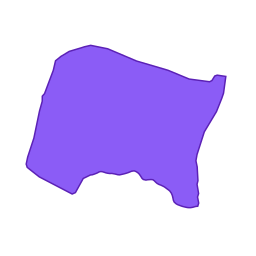 Santo Domingo Xenacoj, Sacatepéquez, Guatemala (Robinson projection), rotated 199°
{"feature_id": "79465075B12925018589584", "entity_name": "Santo Domingo Xenacoj", "entity_type": "district", "adm_level": 2, "iso_a3": "GTM", "parent_name": "Guatemala", "parent_adm1": "Sacatepéquez", "projection": "robinson", "projection_center": [-90.711, 14.68], "detail": "fine", "context": "isolated", "style": "filled", "palette": "violet", "viewbox_px": 256, "rotation_deg": 199, "n_neighbors": 0, "source": "geoboundaries", "source_scale": "gbopen_adm2", "svg_char_len": 1226}
<svg xmlns="http://www.w3.org/2000/svg" viewBox="0 0 256 256"><g transform="rotate(199 128 128)"><path d="M36.6,76.7L36.7,80.0L39.8,85.4L39.9,89.0L44.4,97.3L44.7,100.9L49.9,113.7L53.1,119.1L54.1,125.4L54.6,149.2L49.7,172.3L49.0,186.5L49.0,192.0L52.3,208.6L60.9,207.0L62.9,205.4L64.1,200.2L65.9,198.3L86.1,194.2L109.0,195.6L141.8,194.1L173.0,196.3L190.2,194.0L195.8,190.5L197.9,188.9L208.5,181.3L214.7,173.9L218.4,168.0L217.4,158.1L218.1,133.3L219.4,130.2L217.8,125.4L217.2,115.3L213.7,87.8L213.4,67.9L212.5,60.7L210.4,57.9L196.0,52.9L159.3,47.4L156.7,49.8L153.9,65.7L148.2,71.4L146.6,72.1L145.4,73.0L143.8,74.3L142.3,75.6L141.2,76.9L139.9,77.8L138.3,78.3L136.1,78.4L134.3,78.4L132.6,78.6L130.5,79.0L128.4,79.8L125.1,80.3L122.4,80.5L120.6,81.0L118.5,82.3L116.0,83.9L113.5,85.7L110.5,88.3L108.2,89.5L106.1,89.4L104.1,88.9L102.4,88.1L100.2,86.5L98.4,85.0L96.8,84.3L94.1,84.6L92.7,85.4L89.4,86.8L87.6,87.2L86.0,86.7L84.2,85.8L82.5,85.1L80.4,84.7L78.5,84.7L75.2,84.3L73.8,84.0L71.7,83.3L69.4,82.6L67.9,82.0L65.8,80.5L64.1,78.6L62.7,76.4L61.6,74.5L60.2,73.0L57.8,72.0L56.2,71.7L53.1,71.6L51.0,71.6L48.7,71.8L46.1,72.1L44.5,72.5L43.0,73.0L41.0,74.1L38.4,75.9L36.6,76.7Z" fill="#8b5cf6" stroke="#5b21b6" stroke-width="1.5"/></g></svg>